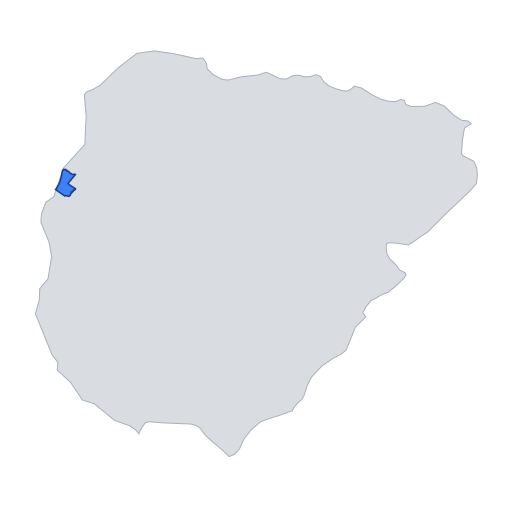 Libertad, San José, Uruguay shown in context, rotated 92°
{"feature_id": "84410073B36458141806664", "entity_name": "Libertad", "entity_type": "district", "adm_level": 2, "iso_a3": "URY", "parent_name": "Uruguay", "parent_adm1": "San José", "projection": "robinson", "projection_center": [-56.645, -34.648], "detail": "fine", "context": "in_parent", "style": "filled", "palette": "blue", "viewbox_px": 512, "rotation_deg": 92, "n_neighbors": 0, "source": "geoboundaries", "source_scale": "gbopen_adm2", "svg_char_len": 3686}
<svg xmlns="http://www.w3.org/2000/svg" viewBox="0 0 512 512"><g transform="rotate(92 256 256)"><path d="M437.9,366.8L434.1,370.1L430.1,376.4L425.2,391.6L409.3,412.6L406.0,424.4L388.9,436.8L376.9,450.7L369.1,450.3L362.0,456.3L321.5,474.4L307.0,471.0L296.2,471.0L286.2,463.1L263.5,460.2L249.2,463.4L229.9,472.1L224.2,472.0L220.0,471.5L209.6,467.9L203.9,460.2L174.4,451.2L150.6,431.0L122.5,430.6L100.9,433.2L97.6,430.5L95.4,425.3L90.9,417.8L72.3,399.9L57.6,382.1L54.6,364.7L56.6,345.7L60.8,323.2L60.0,316.1L65.4,312.1L70.7,311.3L75.9,305.5L80.5,296.7L81.2,290.1L77.6,277.7L75.0,260.5L72.0,251.9L77.9,238.4L78.1,231.8L74.7,226.0L73.7,220.0L75.2,213.9L74.9,208.1L72.7,202.4L74.3,197.8L79.8,194.1L83.8,188.4L86.5,180.8L87.8,175.0L87.9,171.0L86.2,167.2L82.8,163.6L84.4,156.5L90.8,145.9L95.0,136.5L96.8,128.3L96.7,121.7L94.5,116.6L95.4,113.2L99.4,111.4L101.2,106.1L100.5,92.8L96.3,81.9L99.5,73.2L108.5,63.2L113.2,55.1L113.6,49.0L116.4,45.5L120.8,52.1L133.7,53.8L146.6,54.1L148.7,52.4L153.8,41.5L160.5,38.4L167.8,37.6L175.9,38.2L184.4,45.4L208.4,68.9L226.1,85.3L231.5,93.0L236.1,98.8L239.6,104.2L238.1,118.1L238.3,124.3L239.1,126.0L243.2,126.2L249.1,125.2L254.2,122.2L258.1,117.7L262.0,114.0L265.1,112.1L266.2,109.1L268.0,106.0L269.9,105.4L273.4,107.7L281.6,115.7L287.9,123.0L289.5,127.3L291.9,131.7L294.5,135.5L296.4,139.3L302.5,144.1L308.8,147.3L313.0,144.1L323.6,154.2L347.1,162.7L351.4,167.9L355.4,175.2L363.5,186.2L374.9,196.2L384.0,200.4L392.7,202.8L397.6,205.0L400.9,208.8L406.3,212.9L409.6,214.4L410.8,218.1L414.1,226.1L417.7,236.3L421.5,245.7L430.0,254.8L439.5,261.8L449.5,265.8L455.0,270.7L457.4,275.9L450.6,283.5L443.2,293.1L436.7,300.6L430.0,305.9L427.7,309.5L426.2,315.1L426.0,344.9L425.3,356.0L425.8,358.9L426.7,360.9L430.9,363.8L435.8,366.3L437.9,366.8Z" fill="#d9dde1" stroke="#a8b0b8" stroke-width="1"/><path d="M201.6,443.6L200.5,443.4L200.0,443.1L199.4,442.4L199.1,442.2L198.8,442.5L198.6,442.7L198.4,442.3L198.3,442.1L198.4,441.9L198.3,441.6L198.3,441.4L198.1,441.2L197.9,441.0L197.5,441.2L197.2,441.1L196.8,440.9L196.5,440.7L196.4,440.5L196.5,440.2L196.7,439.8L196.5,439.5L196.1,439.3L195.8,439.2L195.6,438.9L195.5,438.7L195.0,438.7L191.6,444.6L190.1,446.4L180.9,439.3L180.5,439.9L180.6,440.5L180.8,441.0L180.8,441.4L180.9,441.7L180.8,442.3L180.6,442.9L180.1,443.5L180.0,444.0L179.8,444.6L179.4,444.8L178.8,445.6L178.2,445.8L178.0,446.0L178.1,446.3L177.8,446.9L177.8,447.4L177.6,447.8L176.9,447.9L176.6,448.3L176.7,448.7L176.6,449.0L176.6,449.5L176.2,449.6L176.0,449.8L176.2,450.3L176.2,450.7L176.2,451.0L176.1,451.3L176.3,451.4L176.4,451.5L176.5,451.5L176.7,451.8L176.8,451.9L176.8,452.0L177.0,452.3L177.4,452.4L177.5,452.4L178.0,452.4L179.0,452.7L179.4,452.8L180.0,452.9L180.8,452.9L181.0,453.0L181.3,453.0L182.4,453.2L183.5,453.4L183.8,453.4L184.0,453.5L184.3,453.6L184.5,453.6L184.8,453.7L185.2,453.8L186.1,454.0L186.3,454.1L187.0,454.2L187.4,454.3L187.7,454.3L187.9,454.4L188.2,454.5L189.0,454.7L189.3,454.8L189.7,455.0L190.0,455.0L190.3,455.2L190.5,455.3L191.2,455.5L191.3,455.6L191.8,455.8L192.1,456.0L192.3,456.1L192.5,456.3L192.8,456.5L193.4,456.8L193.5,456.8L194.3,457.2L194.3,457.3L194.6,457.4L194.8,457.4L194.9,457.5L195.0,457.5L195.3,457.7L195.4,457.8L195.5,457.9L195.6,458.0L195.9,458.1L196.0,458.2L196.0,458.3L196.4,458.6L196.6,458.7L202.8,449.1L202.7,449.0L202.6,448.9L202.4,448.8L202.3,448.7L202.2,448.5L202.1,448.4L202.1,448.2L202.2,447.9L202.3,447.7L202.4,447.4L202.5,447.2L202.6,446.7L202.7,446.4L202.8,446.2L202.8,445.9L202.9,445.6L202.9,445.3L202.9,445.2L202.9,444.9L202.8,444.7L202.7,444.6L202.5,444.4L202.4,444.4L202.2,444.4L202.0,444.2L201.9,444.1L201.7,443.9L201.6,443.7L201.6,443.6Z" fill="#3b82f6" stroke="#1e3a8a" stroke-width="1.5"/></g></svg>